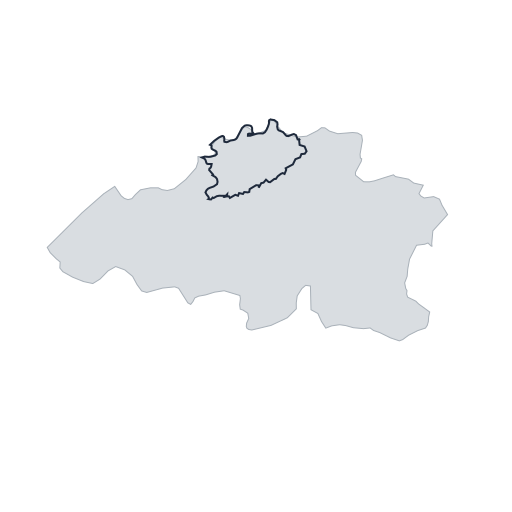 Antwerp highlighted on a map of Belgium, rotated 341°
{"feature_id": "BEL-3480", "entity_name": "Antwerp", "entity_type": "Province", "adm_level": 1, "iso_a3": "BEL", "parent_name": "Belgium", "parent_adm1": "", "projection": "robinson", "projection_center": [4.639, 51.244], "detail": "fine", "context": "in_parent", "style": "outline", "palette": "slate", "viewbox_px": 512, "rotation_deg": 341, "n_neighbors": 0, "source": "natural_earth", "source_scale": "10m", "svg_char_len": 4010}
<svg xmlns="http://www.w3.org/2000/svg" viewBox="0 0 512 512"><g transform="rotate(341 256 256)"><path d="M233.5,143.1L241.4,146.3L248.4,147.0L251.4,145.6L249.5,137.9L255.2,133.8L261.5,131.9L264.3,135.2L270.1,138.6L274.6,138.6L286.9,129.8L289.8,131.5L292.4,134.7L293.0,137.2L293.4,139.8L296.2,141.0L305.9,140.4L310.8,135.6L314.6,132.6L317.5,134.6L318.9,140.5L321.6,148.2L333.2,156.8L342.9,159.2L355.0,157.5L359.7,156.0L362.9,157.3L366.1,161.8L373.1,167.0L387.6,170.7L392.1,172.8L395.2,176.3L394.3,181.3L387.5,193.7L386.6,197.3L387.6,198.6L386.2,200.9L377.3,209.2L376.4,212.1L379.5,216.9L382.0,220.9L387.4,222.8L392.5,223.5L402.2,223.7L412.4,224.0L413.7,226.3L425.2,233.0L428.9,238.4L437.2,243.5L430.4,250.1L431.4,253.0L433.9,255.9L443.3,257.7L448.0,262.0L448.4,268.5L450.6,279.2L431.4,289.8L426.1,301.7L425.6,304.0L424.9,303.7L422.8,299.7L419.3,299.8L411.3,298.1L400.2,308.9L395.2,317.8L392.3,324.4L387.8,329.8L387.0,335.5L387.5,337.9L386.0,341.0L386.0,344.3L392.4,350.7L394.1,354.2L402.0,365.5L399.5,369.6L397.6,374.1L395.4,377.3L392.8,379.3L384.7,379.2L374.4,380.6L367.5,382.8L363.9,382.9L356.5,377.2L348.1,368.7L342.9,364.7L340.5,361.2L334.0,359.7L324.7,355.5L318.2,351.0L312.7,348.2L304.9,346.7L298.5,346.9L296.6,339.2L295.8,330.5L290.5,324.7L297.7,302.1L293.4,299.9L288.8,301.7L282.0,307.1L278.8,313.4L276.9,319.1L265.5,324.6L247.6,326.5L227.9,324.6L225.2,323.1L223.9,321.4L223.9,319.4L225.3,316.4L228.8,312.7L229.6,307.4L226.1,302.9L223.8,301.1L224.7,296.7L227.4,291.2L227.9,288.1L214.6,278.5L205.0,276.7L195.7,276.4L188.7,275.3L184.5,275.7L181.6,278.5L178.5,280.5L176.3,278.1L172.3,261.3L169.1,258.7L157.1,255.9L140.8,254.9L136.5,251.8L134.2,244.2L132.7,235.1L127.4,226.4L124.7,224.2L119.9,220.3L111.3,221.9L101.1,227.0L95.0,228.4L92.7,228.9L84.6,224.0L75.6,216.2L68.3,208.0L66.6,203.5L68.9,197.9L66.3,193.7L62.5,185.9L61.4,179.9L105.6,158.5L132.5,147.5L145.1,144.2L148.1,155.2L150.3,158.7L153.3,161.0L157.3,161.4L161.9,158.7L168.3,155.8L178.5,157.2L185.9,159.8L188.6,162.6L193.5,165.2L200.7,165.8L214.6,160.8L228.0,153.2L232.0,147.9L233.5,143.1Z" fill="#d9dde1" stroke="#a8b0b8" stroke-width="1"/><path d="M287.7,129.1L289.2,129.2L291.0,129.8L292.7,130.7L293.8,131.8L294.0,133.7L293.4,135.5L292.9,137.4L293.6,139.6L289.2,138.0L288.1,138.1L287.5,139.7L289.7,140.4L296.7,140.6L298.6,141.0L302.5,142.4L304.7,141.9L307.2,140.0L309.5,137.5L311.1,135.4L311.8,133.9L312.1,132.7L312.7,131.9L314.3,131.6L314.6,131.9L317.6,133.5L319.6,136.5L319.2,138.6L318.1,140.6L317.8,143.4L318.4,144.6L321.9,147.6L322.4,148.8L323.5,151.6L324.0,152.4L325.7,153.2L329.6,152.9L331.5,153.0L333.2,154.8L333.3,159.3L335.1,159.7L335.7,159.6L334.5,160.4L333.4,165.2L337.6,168.3L337.9,173.4L335.4,175.2L332.1,174.4L329.8,177.1L324.8,177.3L320.7,181.4L312.6,182.7L312.6,184.4L309.7,187.7L308.3,186.3L306.4,186.4L302.5,187.7L299.8,189.6L298.5,189.1L293.3,190.8L292.0,190.1L290.3,187.1L287.0,189.1L284.7,188.8L280.8,192.3L281.9,190.3L279.2,189.1L271.8,190.7L270.5,193.2L269.0,193.2L265.7,191.7L263.9,193.1L260.5,191.0L258.6,193.2L256.4,191.4L250.2,192.6L249.8,190.7L247.9,190.2L248.8,188.3L245.7,190.0L245.0,189.7L245.7,188.8L240.7,187.0L238.3,186.7L234.8,187.4L234.0,186.6L232.0,187.9L230.9,187.5L229.6,186.7L229.9,186.6L230.4,185.3L230.1,183.8L229.5,182.4L229.2,181.2L229.1,180.1L228.9,179.5L229.3,179.0L230.5,177.8L232.4,176.8L234.4,176.5L238.5,176.5L242.5,175.4L243.8,173.4L244.2,170.7L244.0,169.8L243.4,168.2L241.0,165.4L241.9,164.9L239.7,159.5L240.4,158.2L240.8,158.0L240.6,158.2L241.7,157.8L242.6,157.0L244.0,154.6L240.6,153.4L239.8,152.9L239.4,151.8L239.5,149.0L239.2,147.7L238.5,146.7L237.0,145.3L239.0,145.3L239.9,145.3L243.6,146.9L245.5,147.4L250.2,147.7L252.1,146.9L252.6,144.7L252.0,143.4L249.8,141.3L249.0,140.2L249.1,138.9L249.7,137.9L249.9,137.0L248.7,135.9L254.0,133.5L259.4,131.9L262.4,131.5L263.7,131.7L264.5,132.8L264.3,134.9L263.5,136.5L263.3,137.7L265.2,138.8L266.5,138.9L269.4,138.5L272.7,139.1L274.2,139.1L275.6,138.7L276.6,138.0L284.4,130.5L287.7,129.1Z" fill="none" stroke="#1e293b" stroke-width="2"/></g></svg>